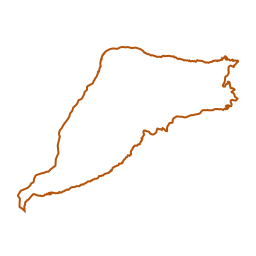 Tsa-le-Moleka, Butha-Buthe, Lesotho (Mercator projection), rotated 89°
{"feature_id": "5366337B25108724147301", "entity_name": "Tsa-le-Moleka", "entity_type": "district", "adm_level": 2, "iso_a3": "LSO", "parent_name": "Lesotho", "parent_adm1": "Butha-Buthe", "projection": "mercator", "projection_center": [28.369, -28.789], "detail": "fine", "context": "isolated", "style": "outline", "palette": "amber", "viewbox_px": 256, "rotation_deg": 89, "n_neighbors": 0, "source": "geoboundaries", "source_scale": "gbopen_adm2", "svg_char_len": 5713}
<svg xmlns="http://www.w3.org/2000/svg" viewBox="0 0 256 256"><g transform="rotate(89 128 128)"><path d="M209.1,232.8L205.0,233.1L204.2,232.9L203.1,232.3L200.6,232.1L199.2,230.5L198.3,230.0L198.1,229.1L197.6,228.5L196.6,227.6L196.0,227.3L192.6,224.0L192.4,223.1L192.8,222.5L193.2,221.0L193.7,220.1L194.2,217.9L194.0,216.9L194.5,216.1L194.6,215.2L194.2,213.2L193.9,212.8L193.3,212.5L193.1,212.2L193.2,211.1L192.4,210.3L192.8,209.5L192.4,209.3L192.4,208.7L191.5,208.2L191.4,207.5L191.4,206.9L193.0,207.2L192.9,206.4L191.5,206.1L191.6,205.7L191.1,205.2L191.7,204.6L191.5,203.5L191.5,202.8L192.0,201.6L191.9,198.9L190.9,198.0L190.8,197.6L191.4,197.1L191.4,195.9L190.2,193.9L190.1,192.8L189.3,192.0L189.1,191.0L188.4,190.0L188.4,189.7L188.8,188.6L187.1,186.8L186.4,185.7L186.1,184.6L186.2,183.2L185.9,181.7L185.2,180.5L185.4,177.8L185.1,177.2L183.9,176.4L184.0,175.4L183.5,174.5L183.7,173.5L182.7,172.3L182.5,171.2L181.7,170.5L181.4,169.6L180.6,168.7L180.8,166.6L179.9,165.8L179.9,165.1L179.2,164.5L179.0,163.5L178.2,162.0L178.2,160.5L177.6,159.1L176.6,158.3L175.6,157.9L175.5,157.3L175.5,155.7L174.9,154.7L175.0,153.8L174.0,152.8L173.4,151.8L172.8,149.4L172.7,148.3L171.7,147.5L171.6,147.0L171.2,146.6L170.2,146.1L170.5,145.3L170.4,145.1L167.5,144.0L167.1,143.0L166.7,142.7L166.3,142.2L166.3,141.3L165.3,139.7L165.4,139.1L165.0,138.1L163.5,137.5L163.6,136.0L163.0,134.3L162.3,134.4L161.7,133.7L160.6,133.3L159.2,132.1L158.7,131.3L157.3,130.5L157.0,129.4L156.4,129.0L155.3,128.7L155.3,128.3L155.8,127.0L155.2,126.6L155.2,126.2L154.8,125.7L153.9,125.3L152.6,125.7L151.2,125.4L148.8,123.7L148.0,123.6L148.0,123.3L146.6,122.7L146.6,122.1L145.8,121.6L145.7,120.6L145.9,120.0L145.9,119.4L145.6,118.9L144.8,118.6L144.4,116.5L143.8,116.5L141.8,115.2L141.1,115.0L140.7,114.4L139.3,113.9L139.0,114.5L138.6,114.7L138.4,114.2L138.5,113.8L137.3,113.7L135.5,112.3L134.9,112.3L134.6,112.0L132.9,112.7L131.0,112.2L130.7,111.2L131.6,109.5L131.8,107.7L132.5,106.8L133.8,106.1L134.9,104.0L134.9,102.7L134.5,101.8L133.1,100.0L132.3,99.6L130.9,99.4L129.1,98.6L129.8,96.6L129.8,95.3L130.5,94.2L129.4,93.8L128.7,93.3L129.6,92.0L130.7,91.2L131.2,90.6L131.8,90.1L131.8,89.1L130.9,88.9L129.0,89.0L127.6,88.7L126.5,88.2L125.6,87.4L124.7,87.1L123.8,86.3L123.4,83.4L122.5,83.2L121.6,83.3L119.8,82.8L119.0,82.0L117.2,78.9L117.6,76.2L117.6,74.5L118.5,70.4L116.3,64.8L116.3,62.4L115.8,61.3L115.2,57.3L114.5,55.7L112.1,53.8L111.7,53.1L111.4,51.9L111.7,49.3L111.2,48.1L111.7,47.2L111.7,42.8L111.0,41.8L110.7,41.1L110.6,37.6L111.0,36.2L110.7,34.9L111.0,33.7L111.7,32.6L110.3,31.0L111.0,29.9L110.7,28.6L110.3,27.9L109.7,27.6L109.0,28.5L108.5,29.6L107.7,29.7L107.4,29.4L107.0,27.6L107.2,27.0L107.9,27.6L108.3,27.4L108.5,26.9L108.0,26.0L107.9,24.5L107.4,24.2L106.1,24.0L103.4,25.0L102.4,24.9L101.6,23.4L102.3,21.6L102.2,21.0L102.5,19.8L101.1,18.2L100.6,18.0L99.3,19.5L98.9,20.4L96.5,21.1L95.0,21.9L94.4,22.7L94.4,23.2L94.0,23.8L93.6,23.7L93.2,23.3L92.2,21.9L92.0,21.1L91.6,20.8L90.8,21.3L90.3,22.2L90.0,23.1L90.0,24.6L89.5,24.9L89.1,24.8L87.1,25.3L84.7,25.5L83.9,25.9L83.4,26.7L83.4,27.1L83.6,27.5L84.7,27.3L85.4,27.5L85.9,29.0L86.2,29.5L87.7,30.0L88.2,30.3L88.4,31.1L88.2,31.9L87.5,32.3L86.5,32.2L84.1,30.8L82.5,30.3L78.8,29.9L77.9,29.0L77.7,28.4L77.3,27.8L75.3,26.5L73.5,26.3L71.9,26.7L70.8,26.3L69.7,26.5L68.9,26.3L68.1,25.7L67.4,24.5L67.8,23.2L68.9,21.3L68.7,21.1L67.3,20.8L66.2,19.4L65.2,18.6L63.4,16.8L62.7,17.0L62.5,17.5L62.6,18.5L62.3,19.7L62.8,21.6L61.6,21.9L61.4,22.5L62.2,23.9L62.1,25.1L61.4,25.8L61.1,26.5L61.5,28.0L61.1,28.8L60.7,29.1L60.2,28.9L60.2,28.2L59.8,27.8L59.1,28.2L58.0,29.5L58.2,30.0L59.9,31.2L60.1,31.7L59.9,32.5L59.7,32.8L60.0,33.1L61.4,32.7L61.6,33.1L61.6,34.1L62.3,35.9L62.0,36.5L62.3,37.1L62.2,37.7L62.6,37.9L62.0,39.3L62.1,40.0L62.5,40.9L62.3,41.7L63.3,42.9L63.5,44.7L64.2,46.3L63.7,48.0L64.0,48.6L63.7,49.9L62.6,52.0L62.1,53.4L62.1,55.6L61.4,57.4L61.7,58.0L62.5,58.5L63.0,59.0L62.3,60.3L62.5,61.1L62.1,62.0L62.1,62.7L62.5,64.0L62.3,64.7L61.6,65.3L62.1,65.9L61.5,66.9L61.5,68.3L61.1,70.2L61.3,70.7L61.2,71.1L60.7,71.8L60.3,72.8L60.3,73.5L59.5,75.3L60.0,76.3L59.4,77.6L58.5,78.3L58.4,79.3L58.0,79.8L58.1,80.6L57.5,81.3L57.2,81.3L57.2,83.4L56.5,85.5L56.7,86.3L56.6,86.7L56.8,87.1L56.6,87.9L56.9,89.1L56.7,90.3L56.4,90.7L56.7,92.3L57.2,92.7L57.2,93.2L57.5,93.4L57.7,93.7L57.2,96.1L57.4,98.0L56.5,99.7L56.4,100.4L55.8,101.9L55.6,102.7L55.9,103.9L54.8,105.4L54.5,106.0L54.6,106.8L54.3,107.0L54.1,107.9L53.6,108.8L53.2,109.1L52.9,110.4L51.6,111.2L50.5,112.5L49.5,114.1L48.9,115.5L47.9,118.6L47.8,120.0L48.2,122.4L47.8,124.4L47.3,125.5L47.1,126.9L47.3,129.7L46.9,131.7L47.2,134.2L47.9,135.8L48.6,137.0L48.6,138.3L48.3,139.7L48.3,142.3L48.7,144.3L50.6,148.3L51.7,149.6L52.2,149.9L52.9,150.7L53.1,150.5L53.6,150.9L53.7,151.3L54.3,151.4L54.8,152.2L55.5,152.5L58.4,153.5L58.7,153.1L59.1,153.2L59.2,153.9L61.0,154.1L62.0,154.5L65.1,154.5L66.0,154.2L66.9,155.0L68.2,155.5L69.6,155.6L71.1,156.1L71.1,156.9L73.7,157.5L75.9,158.5L77.3,159.4L77.7,160.0L79.2,160.5L80.2,161.4L82.8,162.5L85.4,167.6L86.4,168.3L88.3,168.2L89.4,168.6L90.6,170.1L91.9,171.0L93.2,171.2L96.6,172.9L97.9,173.8L98.6,174.8L99.2,176.7L100.5,177.5L102.3,178.1L103.2,178.7L104.3,179.7L106.6,182.4L109.9,183.5L111.2,184.4L111.7,185.2L113.0,185.8L115.7,186.5L119.1,188.8L123.4,192.2L126.9,194.2L129.1,196.2L130.9,196.8L132.5,197.1L134.1,196.8L135.4,196.3L144.2,198.6L151.7,197.9L157.8,200.7L164.4,201.2L167.8,205.9L170.2,208.3L170.4,210.8L171.1,211.8L172.0,215.8L173.5,220.6L174.4,221.4L176.4,222.5L177.5,222.9L179.5,223.1L180.7,223.6L181.5,225.3L182.2,226.1L183.7,226.7L186.2,229.5L188.8,236.1L189.7,236.9L193.5,239.2L194.8,238.8L195.5,238.0L196.8,237.3L202.4,237.8L204.8,237.8L205.5,237.3L206.6,235.4L209.1,232.8Z" fill="none" stroke="#b45309" stroke-width="2"/></g></svg>